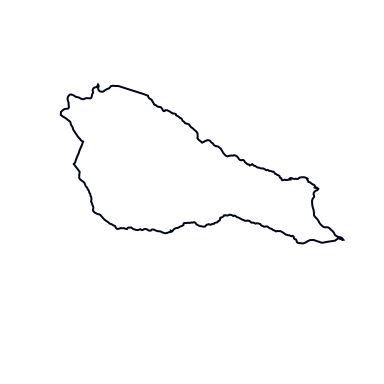 Colíder, Mato Grosso, Brazil (Equal Earth projection), rotated 120°
{"feature_id": "56859067B13251605722574", "entity_name": "Colíder", "entity_type": "district", "adm_level": 2, "iso_a3": "BRA", "parent_name": "Brazil", "parent_adm1": "Mato Grosso", "projection": "equal_earth", "projection_center": [-55.489, -10.565], "detail": "fine", "context": "isolated", "style": "outline", "palette": "ink", "viewbox_px": 384, "rotation_deg": 120, "n_neighbors": 0, "source": "geoboundaries", "source_scale": "gbopen_adm2", "svg_char_len": 6072}
<svg xmlns="http://www.w3.org/2000/svg" viewBox="0 0 384 384"><g transform="rotate(120 192 192)"><path d="M126.1,84.2L125.9,85.2L125.8,86.2L126.5,86.5L126.8,88.0L126.0,87.9L125.1,88.8L124.8,89.9L125.0,90.9L125.0,91.9L124.8,93.6L124.6,94.8L125.1,96.2L124.2,97.3L123.7,98.4L122.8,98.3L122.6,99.6L122.8,101.1L123.4,102.8L124.7,104.8L125.7,106.0L126.7,106.4L127.6,106.8L128.4,107.9L128.8,109.1L129.5,109.8L130.0,111.2L130.2,112.9L130.7,113.7L131.5,114.1L132.0,113.1L132.9,114.4L133.6,115.1L134.1,115.8L134.7,116.8L135.1,118.1L136.0,118.7L136.6,119.7L136.4,120.7L135.5,121.4L135.4,123.3L134.5,124.1L134.3,125.4L134.6,126.7L134.4,128.0L134.6,129.3L134.0,130.2L133.6,131.5L134.2,132.6L134.3,133.8L134.7,134.7L135.1,135.7L135.0,136.8L135.2,137.8L136.0,138.6L135.9,140.5L136.0,142.1L136.8,143.5L137.3,145.1L137.5,146.4L138.0,147.5L138.0,149.0L137.8,150.2L138.3,151.3L138.0,152.6L137.8,153.8L139.2,154.5L140.2,155.3L139.7,156.5L140.2,157.5L139.8,160.9L139.0,162.0L138.6,163.2L139.0,164.2L139.9,165.2L140.3,166.6L139.9,168.1L139.0,169.7L138.7,170.9L138.7,172.6L139.1,174.0L140.0,174.7L140.7,176.1L141.5,177.3L143.5,179.3L143.6,181.2L142.8,183.9L142.3,185.0L141.1,186.8L140.1,188.7L139.6,192.4L140.3,194.1L140.5,195.7L140.3,196.7L139.5,198.3L139.5,199.7L139.1,201.0L138.7,201.9L138.8,203.5L139.4,204.6L140.3,205.1L141.3,206.2L142.1,206.4L143.1,207.2L144.2,207.9L143.8,209.8L143.4,212.5L142.6,214.3L141.5,214.5L139.5,215.9L138.3,216.7L137.7,218.0L137.3,219.2L137.1,220.7L136.4,223.5L136.4,225.0L135.9,226.5L135.0,228.2L135.1,229.5L135.9,232.5L135.2,234.0L135.0,235.9L134.1,236.9L133.7,238.4L133.8,239.5L133.6,240.6L133.4,241.8L133.5,244.1L132.8,244.6L132.7,245.7L133.0,246.9L133.6,247.9L133.6,249.8L133.4,251.1L133.5,252.5L133.6,253.6L133.7,254.7L134.1,255.5L134.7,256.1L135.6,256.2L136.1,257.0L135.7,258.3L134.9,259.3L134.2,261.2L134.4,262.5L134.8,263.2L135.3,264.7L134.9,266.2L135.0,267.5L135.2,268.4L134.5,269.4L133.5,271.1L133.0,272.2L132.3,273.1L132.3,274.6L132.3,276.0L131.3,277.7L130.6,278.3L131.4,283.0L137.0,308.6L137.7,310.0L138.5,311.3L139.4,313.4L140.8,315.1L143.6,315.6L145.3,317.0L147.1,318.1L148.2,318.5L149.2,319.0L150.1,319.9L150.5,320.9L150.9,322.1L150.6,323.6L149.5,324.9L148.6,325.4L146.7,325.9L146.0,327.1L148.0,326.9L149.0,327.2L149.5,327.9L150.4,328.8L151.6,329.2L153.0,329.1L153.8,328.8L154.5,328.1L155.6,327.3L156.8,327.4L158.0,327.1L159.1,326.7L160.9,326.3L161.7,326.8L162.6,328.6L163.4,330.2L164.2,331.1L165.3,331.9L166.1,332.7L166.6,333.7L166.7,335.0L166.7,336.8L166.9,337.8L167.4,339.3L167.7,340.4L167.5,341.9L167.6,343.5L167.8,344.8L168.2,345.8L169.0,346.6L170.2,346.9L171.7,347.0L173.0,346.6L173.8,346.2L174.7,345.4L175.8,344.2L176.8,343.2L178.0,342.6L179.7,341.2L180.9,340.9L181.8,341.1L182.6,342.1L183.1,342.9L183.9,343.8L185.0,344.5L187.4,345.3L188.3,345.4L189.3,345.0L190.3,344.5L190.9,344.1L191.1,342.3L191.2,341.2L191.2,339.8L191.2,338.7L191.9,333.6L192.1,332.6L192.7,331.8L193.7,331.1L194.4,330.2L194.9,329.1L195.6,327.9L196.2,327.2L197.1,326.4L198.3,324.2L199.3,322.2L200.6,319.6L201.3,318.0L202.0,315.6L202.8,313.8L202.8,311.5L204.8,311.2L206.0,310.9L212.3,310.2L213.7,309.8L215.3,309.5L218.4,309.2L222.2,308.6L223.6,308.3L224.9,307.9L226.9,308.4L230.6,299.5L231.9,298.8L233.2,298.4L236.2,296.7L236.8,295.8L237.1,294.6L237.6,290.7L238.0,289.5L239.8,287.4L240.4,286.1L240.7,284.8L241.6,283.9L242.4,282.1L243.9,280.6L244.5,279.3L245.9,278.1L246.7,276.9L247.5,276.2L248.7,275.4L250.8,274.6L251.5,273.3L252.8,272.1L253.9,270.5L254.7,269.7L255.4,269.3L256.9,268.9L257.9,267.9L258.2,267.0L258.5,265.5L258.3,263.0L257.8,261.2L257.7,259.9L258.0,259.0L258.5,257.6L259.2,255.6L259.6,254.1L259.9,252.4L260.0,249.9L260.5,247.4L260.1,245.2L260.2,243.5L260.0,241.5L260.5,240.9L261.1,240.0L261.4,238.4L260.4,236.9L258.9,235.7L258.2,234.2L257.4,233.0L257.1,231.1L256.6,229.8L255.4,229.7L254.6,229.3L254.0,228.2L253.1,226.8L253.5,224.6L252.8,221.5L252.0,219.8L250.0,218.0L250.0,216.3L249.0,215.3L248.2,215.0L247.4,214.2L246.9,212.6L247.0,210.4L246.5,209.0L245.9,208.3L244.7,208.1L244.0,207.1L243.6,206.0L243.5,204.4L243.1,202.1L242.4,200.8L242.0,199.7L241.8,198.6L241.8,197.3L241.4,195.4L241.0,194.4L239.8,192.9L238.4,192.0L237.4,190.5L236.1,191.1L235.9,189.5L234.1,189.2L233.1,189.0L232.0,188.4L231.1,187.6L230.3,186.5L229.4,185.8L228.1,185.1L227.1,184.3L225.6,183.2L224.8,182.9L224.0,183.4L223.1,183.4L222.2,182.3L221.8,181.4L220.9,180.5L220.0,178.6L218.8,177.4L218.3,176.2L217.1,175.1L217.0,173.7L217.7,172.2L217.8,171.1L217.7,169.0L217.5,167.9L217.0,166.8L216.7,165.8L216.3,164.7L215.4,163.5L213.0,162.9L212.4,162.2L211.5,161.4L211.1,159.5L210.4,159.1L209.0,157.8L208.3,156.9L207.4,156.8L206.4,155.9L205.6,154.9L204.4,154.8L202.5,153.8L200.2,154.6L199.5,153.7L198.8,153.4L197.3,152.5L196.3,152.6L195.6,151.7L194.9,150.0L194.1,148.9L192.9,148.2L192.1,146.0L192.2,144.2L191.3,143.7L191.0,142.5L191.2,141.5L191.3,140.4L191.0,139.4L190.9,138.4L190.8,134.7L190.5,133.3L190.5,132.0L189.9,130.7L188.8,129.4L188.4,127.9L188.5,126.7L188.8,125.6L188.5,124.5L187.9,123.7L187.7,122.5L187.6,121.1L186.7,120.3L186.0,118.6L185.6,116.8L186.3,115.6L186.2,114.0L186.0,112.2L185.0,110.9L184.3,109.7L184.3,108.5L184.5,107.3L184.5,106.0L184.1,104.4L184.4,102.8L184.1,101.3L184.1,99.5L183.1,98.6L181.6,95.6L181.6,93.5L181.8,90.7L182.0,89.6L181.6,88.7L181.5,87.4L180.9,86.2L180.6,83.8L179.8,83.2L179.7,81.9L180.3,81.2L181.1,80.6L181.5,79.5L181.1,78.3L181.6,77.4L183.0,76.1L183.0,74.7L181.6,71.3L181.0,70.1L180.3,69.4L179.3,68.7L178.6,68.2L176.9,67.3L174.7,65.8L172.8,62.9L171.0,54.1L170.2,52.9L168.7,51.4L162.6,43.8L158.9,42.2L158.3,39.2L158.3,37.7L157.7,37.0L157.3,38.0L156.9,39.1L156.9,40.4L157.5,42.0L157.9,43.5L157.9,45.2L157.8,46.3L157.2,47.5L156.5,48.5L155.9,49.7L155.5,50.9L155.3,52.4L154.6,55.1L154.6,56.4L155.2,57.8L156.0,59.1L156.5,60.5L156.2,62.4L155.8,64.4L154.8,66.6L153.7,68.2L152.7,70.4L152.2,72.3L151.8,73.5L151.1,74.7L148.9,76.1L147.5,77.1L146.2,78.3L144.8,79.9L142.9,81.5L139.8,83.6L137.8,84.1L136.5,84.0L135.5,83.8L134.8,84.0L133.9,84.7L133.2,85.6L131.9,86.1L130.6,86.1L128.7,85.3L127.6,84.3L126.1,84.2Z" fill="none" stroke="#020617" stroke-width="2"/></g></svg>